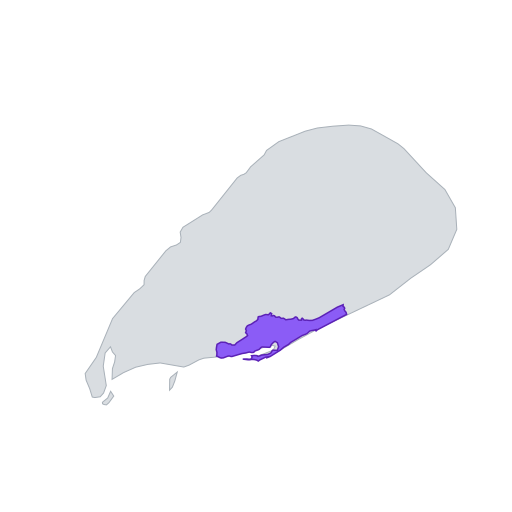 location of Puttalama within Sri Lanka, rotated 249°
{"feature_id": "LKA-2462", "entity_name": "Puttalama", "entity_type": "District", "adm_level": 1, "iso_a3": "LKA", "parent_name": "Sri Lanka", "parent_adm1": "", "projection": "natural_earth1", "projection_center": [79.891, 7.922], "detail": "fine", "context": "in_parent", "style": "filled", "palette": "violet", "viewbox_px": 512, "rotation_deg": 249, "n_neighbors": 0, "source": "natural_earth", "source_scale": "10m", "svg_char_len": 3398}
<svg xmlns="http://www.w3.org/2000/svg" viewBox="0 0 512 512"><g transform="rotate(249 256 256)"><path d="M183.0,52.6L191.7,53.2L201.0,52.9L207.5,54.4L218.6,70.6L249.0,99.7L265.5,129.2L267.0,135.7L269.3,141.2L273.3,142.8L276.6,145.3L293.2,173.8L295.1,179.5L294.8,185.7L295.8,190.3L300.1,192.6L305.5,193.8L309.0,198.1L313.5,220.9L313.5,228.0L314.8,231.0L335.6,266.4L336.8,270.7L336.6,273.9L337.2,276.7L341.2,283.0L347.5,299.9L350.8,303.7L354.6,318.4L354.9,346.6L353.5,359.2L349.6,374.4L345.0,389.4L340.0,400.2L333.2,409.3L309.9,428.7L303.2,432.6L272.8,444.7L250.3,456.2L229.6,459.4L208.9,453.0L193.3,437.9L185.3,415.7L179.8,392.5L171.9,366.7L165.8,287.2L162.8,264.9L158.1,236.6L158.6,224.3L161.9,212.5L161.9,238.4L165.0,241.6L167.3,238.3L169.4,211.5L171.1,200.2L179.3,170.7L179.5,165.5L178.1,154.4L178.2,148.8L190.5,128.2L193.6,116.1L195.3,103.8L194.6,90.5L192.4,77.4L202.3,81.6L207.8,86.1L213.4,89.2L217.9,87.6L223.4,87.6L219.5,80.4L207.9,73.9L188.7,69.8L182.7,64.6L180.4,60.1L181.6,54.8L183.0,52.6ZM173.3,132.9L175.9,140.9L168.4,135.4L163.5,130.9L161.7,127.2L171.9,131.3L173.3,132.9ZM181.8,71.8L176.2,73.0L171.7,66.0L170.6,63.0L171.8,60.9L173.0,59.8L174.5,60.2L176.6,66.7L181.8,71.8Z" fill="#d9dde1" stroke="#a8b0b8" stroke-width="1"/><path d="M169.0,319.7L165.1,286.7L164.5,285.3L164.9,284.9L165.2,284.8L165.8,285.3L166.0,283.5L166.4,281.4L166.5,280.4L166.7,279.4L166.1,277.8L165.5,276.3L165.3,275.4L165.2,274.4L165.2,270.5L163.1,258.7L162.9,257.4L161.8,254.8L160.9,249.3L159.4,245.0L157.1,233.2L157.1,229.8L157.5,230.0L157.7,230.5L158.1,228.6L157.6,222.3L157.1,220.5L158.6,219.3L160.0,217.2L161.0,214.8L161.4,212.8L161.9,211.5L164.5,206.7L163.2,210.4L161.4,213.9L161.8,214.8L161.9,215.0L162.6,215.8L163.5,216.2L164.5,216.1L163.7,219.0L162.7,221.1L162.3,221.5L161.9,221.5L161.6,221.8L161.4,222.9L161.5,225.4L161.4,226.2L159.9,231.8L160.0,232.9L160.1,235.0L161.7,237.1L162.1,237.8L160.3,242.1L163.2,244.6L167.4,244.9L169.5,243.2L169.1,241.3L168.4,239.8L168.2,239.3L167.9,238.8L167.1,237.7L166.1,237.0L165.9,235.9L168.9,229.1L168.8,227.9L168.4,227.0L168.0,226.3L167.7,225.5L167.6,224.2L167.7,222.0L167.7,221.1L167.6,220.9L167.4,220.2L167.1,219.8L166.9,219.4L167.1,218.2L167.5,217.2L168.7,215.4L168.9,214.3L169.1,212.1L170.0,207.7L170.8,197.4L171.4,196.2L172.0,195.6L172.4,194.9L172.6,193.4L172.6,189.0L173.2,186.9L174.4,185.5L175.9,184.3L176.7,183.3L177.7,184.0L180.1,185.0L182.8,185.3L185.1,186.5L187.5,188.0L188.1,192.4L186.4,196.4L183.6,199.1L183.5,199.8L183.0,200.8L181.5,201.6L180.5,204.2L181.9,207.1L184.1,217.7L184.7,219.6L186.6,219.6L188.1,218.8L189.7,220.2L191.5,220.1L192.9,221.4L193.9,222.9L194.1,224.9L194.0,227.0L195.0,231.1L195.3,233.2L196.2,235.1L197.4,235.6L198.5,236.4L198.3,237.6L197.9,239.0L198.0,241.9L197.9,244.2L197.2,245.4L196.7,246.7L197.8,249.0L196.6,250.0L194.7,248.8L194.2,249.8L194.2,251.1L193.5,251.9L192.9,252.1L193.0,251.9L191.8,252.5L191.2,253.9L191.1,255.0L190.7,256.0L188.8,257.1L188.4,258.2L188.1,259.3L187.0,260.2L185.8,260.9L185.5,262.1L185.3,263.3L184.5,265.9L184.2,268.6L184.7,269.8L185.0,270.9L184.4,271.9L183.4,272.4L182.1,272.5L180.9,272.9L180.3,274.1L179.8,275.5L180.9,275.8L181.4,276.8L180.4,277.4L179.0,277.8L178.4,278.9L178.1,280.1L176.7,282.7L175.7,285.6L175.6,289.3L175.7,292.9L179.1,313.6L179.3,319.9L177.7,319.2L176.4,320.1L175.3,320.0L174.6,319.1L172.8,319.3L171.2,319.9L169.0,319.7Z" fill="#8b5cf6" stroke="#5b21b6" stroke-width="1.5"/></g></svg>